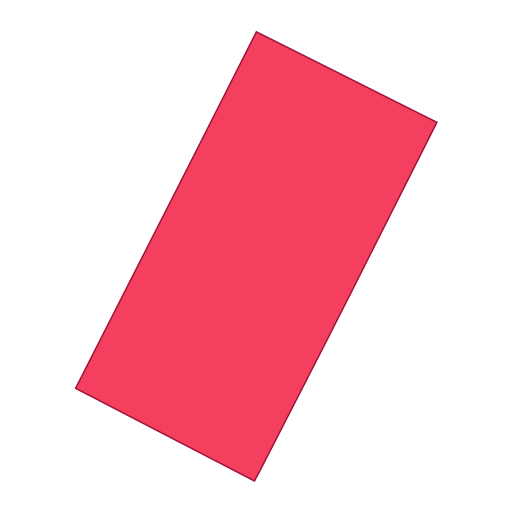 outline of LaMoure, North Dakota, United States of America, rotated 297°
{"feature_id": "52423323B85348929712808", "entity_name": "LaMoure", "entity_type": "district", "adm_level": 2, "iso_a3": "USA", "parent_name": "United States of America", "parent_adm1": "North Dakota", "projection": "albers", "projection_center": [-98.623, 46.457], "detail": "fine", "context": "isolated", "style": "filled", "palette": "rose", "viewbox_px": 512, "rotation_deg": 297, "n_neighbors": 0, "source": "geoboundaries", "source_scale": "gbopen_adm2", "svg_char_len": 287}
<svg xmlns="http://www.w3.org/2000/svg" viewBox="0 0 512 512"><g transform="rotate(297 256 256)"><path d="M294.4,155.1L56.2,155.3L55.5,255.6L54.8,356.8L68.6,357.0L205.7,357.4L269.3,357.3L457.2,356.5L455.9,154.6L294.4,155.1Z" fill="#f43f5e" stroke="#9f1239" stroke-width="1.5"/></g></svg>